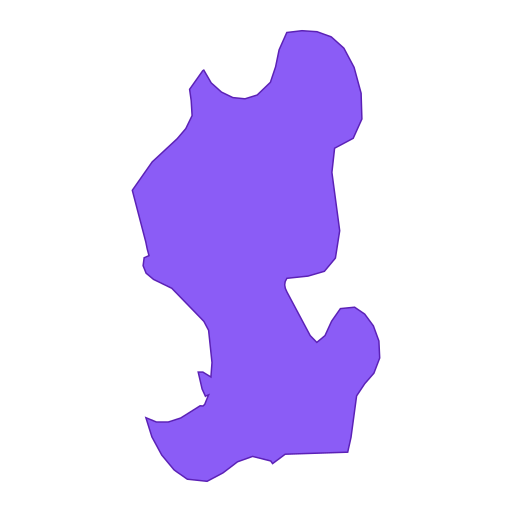 the Territorial Unit of Grigoriopol
{"feature_id": "MDA-1637", "entity_name": "Grigoriopol", "entity_type": "Territorial Unit", "adm_level": 1, "iso_a3": "MDA", "parent_name": "Moldova", "parent_adm1": "", "projection": "albers", "projection_center": [29.428, 47.137], "detail": "fine", "context": "isolated", "style": "filled", "palette": "violet", "viewbox_px": 512, "rotation_deg": 0, "n_neighbors": 0, "source": "natural_earth", "source_scale": "10m", "svg_char_len": 1312}
<svg xmlns="http://www.w3.org/2000/svg" viewBox="0 0 512 512"><path d="M203.8,70.1L211.2,82.9L221.5,92.1L232.9,97.6L245.0,98.8L257.2,95.0L270.4,82.3L275.6,66.8L279.1,49.8L286.8,32.5L302.0,30.7L317.0,31.7L331.3,36.9L343.9,48.2L354.1,67.4L361.1,93.2L361.9,119.0L353.2,138.3L334.6,148.2L331.9,172.4L339.7,230.7L335.4,258.1L324.4,271.3L308.0,276.1L286.9,278.3L285.2,281.5L284.7,284.9L285.3,288.3L286.9,291.9L310.2,335.6L316.8,342.4L325.0,335.6L331.6,321.2L340.4,308.6L354.6,307.2L364.7,314.1L373.4,325.9L378.9,341.0L379.7,358.0L373.9,373.2L364.8,383.6L356.6,395.9L351.0,437.4L347.7,452.2L347.2,452.2L285.2,454.2L272.6,463.6L271.0,461.4L270.8,461.0L252.6,456.4L237.5,461.8L223.1,472.8L207.1,481.3L187.3,479.2L176.4,471.6L174.0,469.8L161.7,455.0L151.9,436.9L145.9,417.7L156.4,422.0L168.3,422.0L180.7,418.0L200.1,405.8L203.0,406.0L204.7,404.4L208.3,395.5L208.6,394.9L205.5,396.1L205.4,396.2L202.1,389.0L198.2,372.1L202.9,372.1L210.1,376.5L210.9,377.0L212.0,362.6L208.6,330.3L203.9,321.4L198.2,315.5L172.1,288.6L172.0,288.4L153.5,279.4L148.9,275.5L146.1,273.2L143.1,265.7L144.1,258.2L144.1,257.8L144.3,257.7L149.0,255.6L147.2,248.9L145.8,242.0L132.3,190.3L152.2,161.9L177.2,138.7L185.8,128.6L192.1,115.6L191.2,100.7L189.6,89.3L202.7,70.8L203.6,70.2L203.8,70.1Z" fill="#8b5cf6" stroke="#5b21b6" stroke-width="1.5"/></svg>